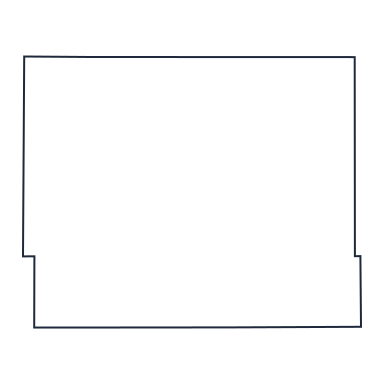 Jasper, Iowa, United States of America
{"feature_id": "52423323B7316814812014", "entity_name": "Jasper", "entity_type": "district", "adm_level": 2, "iso_a3": "USA", "parent_name": "United States of America", "parent_adm1": "Iowa", "projection": "albers", "projection_center": [-93.033, 41.685], "detail": "fine", "context": "isolated", "style": "outline", "palette": "slate", "viewbox_px": 384, "rotation_deg": 0, "n_neighbors": 0, "source": "geoboundaries", "source_scale": "gbopen_adm2", "svg_char_len": 275}
<svg xmlns="http://www.w3.org/2000/svg" viewBox="0 0 384 384"><path d="M361.0,326.8L360.4,256.1L354.9,256.2L354.7,57.1L90.1,57.0L24.2,56.5L23.0,256.4L34.4,256.3L34.2,327.5L120.1,327.5L229.7,327.4L295.3,327.1L361.0,326.8Z" fill="none" stroke="#1e293b" stroke-width="2"/></svg>